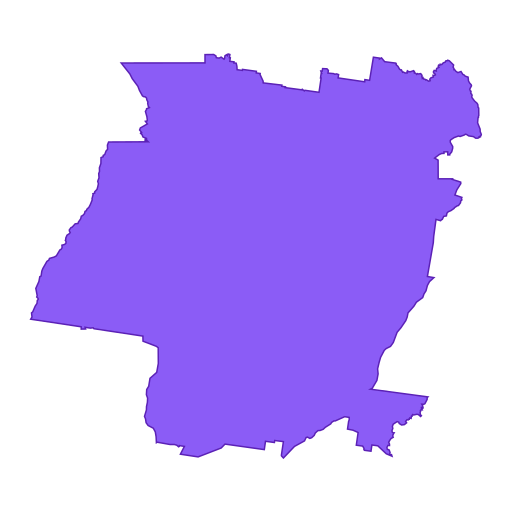 outline of Ararat, Victoria, Australia
{"feature_id": "25037944B36221284354416", "entity_name": "Ararat", "entity_type": "district", "adm_level": 2, "iso_a3": "AUS", "parent_name": "Australia", "parent_adm1": "Victoria", "projection": "robinson", "projection_center": [143.025, -37.489], "detail": "fine", "context": "isolated", "style": "filled", "palette": "violet", "viewbox_px": 512, "rotation_deg": 0, "n_neighbors": 0, "source": "geoboundaries", "source_scale": "gbopen_adm2", "svg_char_len": 5900}
<svg xmlns="http://www.w3.org/2000/svg" viewBox="0 0 512 512"><path d="M395.8,63.1L384.7,61.7L381.5,57.9L379.5,59.0L379.6,58.1L373.4,57.2L369.6,80.3L364.9,79.6L364.7,81.8L338.1,77.9L338.6,74.6L336.7,73.9L334.8,74.2L333.6,73.6L328.0,73.1L328.4,70.4L327.0,68.8L322.6,68.6L322.2,71.1L320.8,71.0L321.6,73.2L321.2,73.1L320.5,78.0L321.1,78.1L319.0,92.3L304.9,90.3L304.3,90.9L302.4,89.4L302.3,89.9L285.1,87.6L285.4,86.8L281.7,86.3L281.9,85.1L263.2,82.9L263.1,81.1L260.0,74.4L260.2,73.5L256.2,72.9L256.4,71.3L242.5,69.4L242.4,70.4L237.1,69.7L236.9,66.2L236.2,63.2L233.8,62.9L234.0,61.8L229.8,61.3L230.3,57.8L229.4,57.7L229.9,54.5L228.8,54.1L228.0,54.0L227.4,55.6L226.6,54.7L225.0,55.7L224.5,58.7L224.0,59.2L221.1,57.1L219.2,58.1L216.3,57.7L215.9,55.9L213.7,54.5L205.0,54.6L205.0,62.9L121.2,63.0L129.9,74.0L132.2,78.6L137.9,86.3L139.4,90.3L142.4,95.8L143.5,96.6L145.4,96.9L146.5,98.0L146.8,99.8L147.9,102.0L147.7,103.4L148.3,106.4L149.4,107.6L146.6,108.7L146.4,109.8L145.4,111.4L146.9,116.7L147.3,120.0L147.0,121.0L145.4,121.3L147.4,123.9L140.4,127.9L139.6,130.0L141.7,132.5L141.4,133.2L140.1,132.9L142.0,134.6L143.0,137.0L146.0,138.2L145.2,139.1L145.1,140.5L145.6,140.7L146.6,139.5L146.7,140.3L148.3,141.8L108.6,142.0L107.4,145.1L107.6,149.3L106.1,150.9L104.7,154.6L103.2,155.4L103.2,156.7L101.0,157.6L100.9,163.5L99.4,167.8L99.5,171.4L98.7,173.6L99.0,177.8L97.7,181.3L98.4,183.7L97.8,186.6L97.0,189.4L94.7,191.8L94.7,193.1L92.9,193.7L93.1,194.6L92.0,198.8L92.2,199.9L90.3,204.6L88.9,207.3L86.9,209.2L86.4,210.6L85.0,211.4L84.5,213.6L82.7,215.5L81.3,216.2L80.7,218.8L78.4,222.1L78.0,223.5L75.2,223.8L72.2,227.1L71.0,227.6L69.3,229.9L69.4,231.1L70.2,232.5L69.4,233.6L67.0,235.2L65.8,238.0L65.7,239.7L65.3,240.3L66.1,241.7L65.8,243.5L64.4,244.5L61.9,245.2L62.1,247.2L61.8,248.3L61.0,249.4L59.9,249.9L56.4,255.8L54.3,257.0L49.5,258.4L48.8,260.1L46.9,261.4L42.9,268.4L41.8,271.1L41.1,276.0L39.8,276.7L38.9,281.5L35.8,288.4L37.2,295.7L36.7,297.0L38.1,298.4L38.2,299.4L37.3,300.4L37.0,303.4L35.2,306.1L32.7,311.9L31.5,312.9L32.0,317.0L30.7,319.2L81.2,326.8L81.2,329.1L85.6,329.0L85.1,327.3L90.3,328.1L93.2,327.8L93.9,328.7L142.9,336.1L143.0,341.2L156.3,346.3L158.2,347.7L158.3,363.5L156.7,372.4L150.0,378.3L148.7,386.3L146.7,389.5L146.4,394.7L147.6,398.1L147.4,402.3L146.5,406.6L146.4,410.0L144.5,416.4L145.5,418.8L146.1,422.7L148.1,425.5L153.3,428.2L155.3,431.9L156.1,436.8L156.4,442.7L157.2,442.2L170.0,444.5L174.4,444.5L176.8,445.2L178.6,446.8L179.3,446.4L179.4,445.6L184.4,446.4L180.4,454.2L198.1,456.9L221.2,448.0L225.0,444.1L264.3,449.6L265.5,441.3L274.4,442.5L274.7,440.5L283.4,441.6L281.4,455.2L281.5,455.9L283.4,458.0L294.5,446.4L304.5,440.9L306.1,437.5L307.5,437.1L309.8,438.4L311.7,437.7L314.2,435.4L315.3,433.0L317.9,430.6L320.0,430.5L323.2,429.3L325.3,427.3L330.7,423.9L331.6,422.4L333.9,420.9L335.3,420.9L344.7,416.7L349.2,417.4L349.2,419.9L348.6,421.4L347.5,429.1L353.0,430.2L358.1,432.5L356.3,445.2L362.7,446.1L364.0,448.4L363.9,449.5L364.4,450.3L371.0,451.2L371.9,445.0L377.8,445.8L386.3,453.8L392.0,456.2L391.5,454.6L390.5,454.7L389.6,453.7L390.1,452.6L389.5,450.9L389.0,449.8L387.3,449.3L386.9,447.5L387.9,445.4L389.5,445.5L389.5,444.1L388.7,442.2L390.1,439.8L391.1,438.5L393.2,437.3L392.8,436.4L392.9,434.9L394.1,432.8L393.1,432.8L392.2,432.1L392.0,430.5L392.8,428.5L392.4,426.4L393.2,424.2L397.1,421.6L398.8,422.2L399.2,423.5L401.6,425.0L404.4,424.6L406.6,422.8L405.6,421.4L407.0,419.7L408.2,419.9L408.4,419.3L409.3,419.3L409.7,418.0L411.1,418.4L411.4,416.3L412.1,416.2L412.1,415.3L412.8,414.5L413.5,415.0L416.8,414.3L418.3,414.5L420.6,416.5L421.4,415.7L420.4,414.6L420.1,412.4L420.6,411.3L420.4,410.5L420.6,410.1L422.1,409.9L421.6,409.2L421.4,407.4L421.9,407.3L422.8,408.3L423.1,407.9L422.5,405.4L421.8,404.2L423.7,404.3L424.9,403.7L427.1,399.5L427.2,397.6L427.9,396.9L370.4,389.2L372.3,388.2L376.9,380.4L378.1,373.9L377.6,368.8L379.1,362.5L380.6,357.3L384.3,350.3L386.1,348.6L390.5,346.4L393.3,342.5L397.1,332.3L400.9,327.8L405.8,320.6L407.2,317.0L408.0,312.9L413.9,306.2L416.4,302.2L422.7,297.6L424.0,293.9L426.0,290.8L427.4,285.5L429.5,281.6L433.9,277.6L427.4,276.5L433.3,242.7L433.7,236.5L436.0,219.4L440.6,220.7L441.7,219.5L442.3,219.4L443.7,216.4L446.4,215.9L446.9,213.2L448.3,211.7L450.8,210.7L454.1,208.4L454.4,207.7L457.3,205.8L458.5,205.5L460.5,202.8L460.7,201.0L461.9,199.9L461.4,198.6L461.9,197.4L454.9,195.0L456.8,189.9L460.8,183.6L460.7,182.1L452.2,179.4L452.5,178.8L438.2,178.8L438.1,160.1L434.6,158.1L439.3,154.5L441.6,153.5L444.0,153.4L444.0,151.9L447.7,151.8L447.8,154.9L449.7,154.9L449.7,154.3L451.7,151.9L452.7,148.2L452.7,146.5L450.3,142.3L450.2,140.7L450.8,139.8L454.1,137.6L458.5,136.0L460.1,136.5L464.3,135.0L465.4,134.2L466.6,134.5L468.7,135.9L473.4,136.6L475.7,138.2L477.9,138.2L480.0,137.0L479.3,136.7L481.0,135.5L481.3,134.4L480.2,131.5L480.1,129.1L477.6,122.8L478.0,117.9L478.5,117.3L478.4,116.4L478.8,115.5L478.7,108.0L478.1,107.4L477.8,104.5L477.0,103.2L474.6,101.1L471.9,97.5L471.8,96.1L472.1,95.4L471.7,94.2L470.8,93.5L471.0,91.3L470.5,91.2L469.7,89.2L471.5,85.8L471.1,84.6L469.8,83.3L468.5,81.0L468.1,77.1L465.3,76.2L463.9,74.8L462.9,74.5L461.0,71.5L457.9,72.6L455.9,71.3L454.5,69.5L453.9,69.6L453.9,68.5L453.1,67.1L453.6,65.0L449.3,60.8L447.7,60.2L447.3,60.7L445.9,60.8L445.2,62.1L443.2,62.9L441.7,64.6L440.1,64.2L439.8,65.4L438.6,65.1L438.2,66.4L438.9,67.4L436.7,68.4L436.2,70.1L436.3,71.0L434.2,70.4L433.4,71.8L433.6,72.9L434.7,73.5L435.4,74.8L434.4,75.4L433.0,75.3L433.3,77.0L430.8,77.9L429.8,79.2L430.2,80.7L428.6,81.2L426.5,79.8L425.7,80.0L425.1,79.3L423.6,79.0L423.5,78.4L422.4,78.5L422.8,77.3L421.8,76.9L422.0,75.3L420.7,73.6L418.2,74.0L417.5,73.6L416.7,74.4L415.5,73.1L414.4,73.0L414.4,71.4L413.7,71.4L413.5,70.7L410.5,71.7L408.8,71.7L407.7,71.0L407.7,71.6L407.1,71.5L407.2,72.9L405.1,73.0L403.3,72.0L402.6,72.3L401.4,69.9L400.9,70.1L399.5,69.1L398.0,66.4L396.1,64.7L396.3,63.9L395.8,63.1Z" fill="#8b5cf6" stroke="#5b21b6" stroke-width="1.5"/></svg>